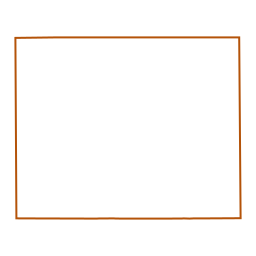 outline of Furnas, Nebraska, United States of America
{"feature_id": "52423323B60965561562081", "entity_name": "Furnas", "entity_type": "district", "adm_level": 2, "iso_a3": "USA", "parent_name": "United States of America", "parent_adm1": "Nebraska", "projection": "orthographic", "projection_center": [-99.891, 40.176], "detail": "fine", "context": "isolated", "style": "outline", "palette": "amber", "viewbox_px": 256, "rotation_deg": 0, "n_neighbors": 0, "source": "geoboundaries", "source_scale": "gbopen_adm2", "svg_char_len": 415}
<svg xmlns="http://www.w3.org/2000/svg" viewBox="0 0 256 256"><path d="M240.6,218.2L239.2,37.4L234.6,37.4L56.0,37.4L15.4,37.9L16.4,218.3L17.7,218.3L18.6,218.4L22.7,218.4L96.8,218.6L98.5,218.5L113.8,218.4L115.2,218.5L120.8,218.6L130.2,218.6L167.2,218.6L182.2,218.5L183.6,218.4L186.7,218.5L189.6,218.6L193.7,218.4L199.5,218.4L204.4,218.4L240.6,218.2L240.6,218.2Z" fill="none" stroke="#b45309" stroke-width="2"/></svg>